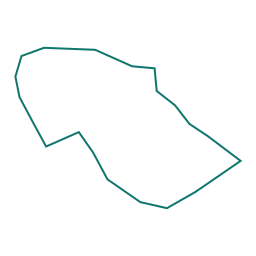 Motides, Cyprus
{"feature_id": "46923920B57620727838735", "entity_name": "Motides", "entity_type": "district", "adm_level": 2, "iso_a3": "CYP", "parent_name": "Cyprus", "parent_adm1": "", "projection": "albers", "projection_center": [33.21, 35.331], "detail": "fine", "context": "isolated", "style": "outline", "palette": "teal", "viewbox_px": 256, "rotation_deg": 0, "n_neighbors": 0, "source": "geoboundaries", "source_scale": "gbopen_adm2", "svg_char_len": 361}
<svg xmlns="http://www.w3.org/2000/svg" viewBox="0 0 256 256"><path d="M46.1,146.5L78.8,132.1L93.2,152.7L107.5,179.4L140.3,202.1L166.9,208.2L195.6,191.8L240.6,160.9L207.9,136.2L189.4,123.9L175.1,105.4L156.7,91.0L154.6,68.3L132.1,66.3L95.2,49.8L44.0,47.8L21.5,56.0L15.4,76.6L19.5,97.1L33.8,123.9L46.1,146.5Z" fill="none" stroke="#0f766e" stroke-width="2"/></svg>